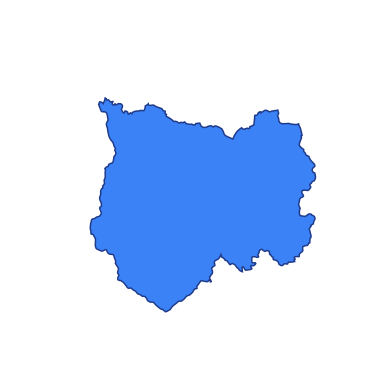 the district of Huu Lung, Lạng Sơn, Vietnam, rotated 303°
{"feature_id": "81297802B35079403712963", "entity_name": "Huu Lung", "entity_type": "district", "adm_level": 2, "iso_a3": "VNM", "parent_name": "Vietnam", "parent_adm1": "Lạng Sơn", "projection": "mercator", "projection_center": [106.335, 21.575], "detail": "fine", "context": "isolated", "style": "filled", "palette": "blue", "viewbox_px": 384, "rotation_deg": 303, "n_neighbors": 0, "source": "geoboundaries", "source_scale": "gbopen_adm2", "svg_char_len": 6048}
<svg xmlns="http://www.w3.org/2000/svg" viewBox="0 0 384 384"><g transform="rotate(303 192 192)"><path d="M110.3,124.2L106.7,126.1L105.0,127.4L103.9,128.8L102.0,129.9L101.8,130.3L102.4,131.5L102.4,132.4L100.4,136.1L99.5,137.0L94.4,140.1L93.2,141.3L92.5,142.4L92.4,143.7L93.2,148.4L94.0,149.3L96.5,150.8L96.8,151.3L96.7,151.9L95.2,154.3L94.9,155.5L95.1,157.0L96.5,159.7L96.3,160.8L94.5,162.9L92.8,165.3L91.9,166.0L90.4,166.6L88.1,171.7L86.3,172.8L84.9,173.0L84.1,173.3L83.3,174.1L82.8,175.4L82.5,175.9L79.3,176.6L78.5,177.1L78.1,177.8L78.1,178.6L78.9,180.5L78.9,183.1L78.7,184.5L78.0,186.2L77.6,187.8L76.8,189.3L76.6,190.3L76.8,191.4L78.0,192.7L78.2,193.3L77.8,196.7L78.1,198.7L77.0,201.8L77.7,204.8L77.5,207.1L78.4,208.5L78.6,209.9L78.3,211.3L77.0,213.4L76.7,214.4L76.9,216.9L78.5,219.5L77.4,224.1L76.9,228.6L76.9,229.6L77.5,231.5L77.1,234.9L77.9,235.8L81.5,237.7L85.2,237.8L93.0,240.3L93.5,240.7L94.4,242.2L95.2,242.8L98.0,243.7L101.6,244.1L104.8,246.3L108.2,247.1L112.1,247.0L113.6,248.6L114.0,248.7L115.3,247.5L122.3,247.8L123.0,248.8L124.3,252.1L125.1,253.6L125.4,254.0L127.4,254.3L127.7,254.7L127.6,255.6L126.6,256.3L127.0,256.8L127.4,256.9L127.7,256.6L129.1,254.1L130.3,253.0L131.7,253.3L133.5,253.1L134.4,253.5L134.9,253.4L136.8,252.3L137.7,250.8L139.1,250.1L140.3,250.1L142.7,251.2L143.6,250.6L145.3,248.9L146.2,248.7L147.2,248.9L150.3,250.6L153.0,250.8L155.3,250.3L153.5,252.7L153.8,254.6L152.8,257.1L153.3,258.5L153.3,259.2L151.7,263.2L151.9,263.6L153.9,264.6L154.3,266.1L154.2,268.4L153.1,270.8L153.0,272.6L152.2,274.5L152.2,276.0L152.6,277.7L155.4,275.4L156.5,275.0L156.9,275.7L156.9,276.5L155.7,278.6L155.7,279.7L158.8,283.2L160.0,284.0L160.5,283.8L161.5,281.9L162.1,281.6L162.6,281.9L163.3,283.2L164.0,284.0L166.0,284.5L166.8,284.4L167.1,283.7L165.7,281.6L165.8,280.4L166.3,279.9L169.9,277.8L170.5,278.0L171.5,279.2L172.1,280.3L172.6,282.2L173.6,283.1L174.2,283.0L175.1,281.4L177.7,281.2L179.7,280.4L181.7,281.4L182.1,282.1L181.7,283.7L181.9,285.4L182.3,285.9L183.8,286.7L184.3,289.2L182.1,291.0L181.9,291.9L182.1,292.4L181.4,293.8L181.3,295.7L180.0,296.5L179.7,297.0L179.7,297.8L180.5,299.3L180.5,301.4L180.2,302.5L178.8,304.3L178.8,306.4L179.1,307.3L179.7,307.9L182.2,308.6L183.6,311.3L184.0,311.4L185.3,311.0L185.8,311.1L186.7,312.8L189.5,316.0L190.0,315.8L190.4,314.6L191.8,315.1L192.8,313.5L193.2,313.3L194.0,313.8L194.9,314.9L195.6,316.5L196.5,317.0L197.9,316.1L199.0,315.9L200.0,316.1L201.6,316.8L203.3,316.9L204.6,315.7L206.5,314.7L208.3,315.9L210.0,317.8L210.9,318.0L212.4,317.7L213.5,318.5L216.7,316.6L219.1,316.3L219.9,315.9L225.1,310.3L228.2,310.5L228.9,309.8L231.3,311.1L233.8,310.1L235.7,310.0L236.6,309.7L237.7,308.7L238.1,307.8L238.2,306.6L237.9,305.4L238.3,303.8L237.2,301.9L233.8,300.6L233.2,300.1L231.8,297.4L231.3,295.9L231.6,294.8L232.1,294.0L235.0,292.2L237.2,291.6L238.8,289.0L239.7,288.2L244.3,286.4L245.3,286.2L246.2,286.3L248.3,287.6L249.3,287.7L250.1,286.9L250.8,284.7L253.0,283.7L253.8,284.1L255.1,285.8L256.4,288.4L258.0,289.0L259.9,289.1L260.8,288.9L261.3,288.4L261.7,287.2L262.6,286.7L264.2,287.3L266.2,287.2L268.2,288.4L270.2,288.2L272.0,287.3L274.7,284.8L274.8,284.3L274.4,283.1L275.6,280.9L276.6,280.5L278.1,280.4L280.5,281.0L281.9,279.8L283.2,274.4L284.1,272.5L285.5,270.7L285.1,267.5L286.4,265.6L286.9,263.5L288.5,262.5L288.7,259.0L289.7,256.4L290.4,255.9L294.5,254.8L296.7,254.5L298.1,253.5L298.3,252.9L299.5,253.5L304.6,248.1L305.6,246.2L307.2,244.3L305.6,243.0L304.8,241.8L302.9,238.1L302.2,235.7L299.8,232.6L298.4,230.3L298.0,229.2L298.0,227.7L298.8,226.3L300.9,224.5L302.7,222.1L304.5,222.0L305.4,221.6L307.4,219.3L306.8,218.9L305.7,217.5L303.0,214.6L301.6,213.6L301.3,213.1L301.3,211.6L300.8,209.3L299.6,208.3L297.8,207.6L296.6,206.6L295.9,206.8L295.7,206.3L296.4,206.0L296.5,205.6L296.0,205.0L294.1,204.4L293.2,204.8L292.3,204.8L291.7,204.4L290.9,203.3L290.4,203.0L290.0,203.0L289.3,203.6L283.1,206.8L281.7,207.3L281.3,206.8L280.3,206.6L279.9,206.1L279.1,205.9L278.5,204.9L276.5,205.7L275.6,203.6L273.0,201.4L272.6,200.7L272.5,200.2L272.9,198.7L271.3,197.9L267.7,196.9L265.6,196.7L262.1,196.8L258.7,197.4L257.8,192.2L257.5,189.1L258.1,187.4L259.7,185.4L261.2,182.7L261.1,179.5L260.4,176.2L259.8,175.1L258.2,174.6L258.0,172.2L257.4,171.2L255.8,169.7L254.3,168.9L252.7,167.0L252.1,165.1L252.4,163.5L254.0,161.0L251.5,157.9L250.0,157.9L249.4,157.3L249.0,156.7L248.8,154.8L247.8,153.7L246.4,150.7L246.3,149.4L246.8,147.8L246.5,147.4L245.2,146.8L244.6,145.0L243.0,143.8L242.8,143.2L242.6,140.6L242.1,139.3L241.2,138.4L241.7,135.2L241.7,131.7L241.4,129.4L241.9,128.8L243.2,128.3L243.1,126.7L245.2,125.5L244.5,123.7L245.4,121.6L245.4,120.9L244.1,115.8L244.0,113.2L243.8,112.1L242.2,110.2L241.4,108.9L241.5,107.7L242.1,107.3L240.6,106.9L238.8,105.9L236.9,106.9L234.6,107.4L234.0,107.2L232.1,104.0L230.8,103.5L230.5,102.4L228.6,100.2L226.5,98.8L225.5,98.7L224.9,99.0L224.8,97.2L223.2,96.8L222.8,96.5L222.7,95.7L223.6,95.0L224.0,94.3L224.0,93.4L223.6,91.8L221.2,91.9L221.4,90.1L222.8,87.8L225.9,87.2L226.9,86.1L227.2,85.0L227.1,84.1L226.0,82.1L223.8,81.0L224.0,79.4L222.5,79.3L222.1,78.6L222.3,77.1L223.6,76.6L224.8,76.5L224.8,76.3L223.1,74.6L223.8,71.9L222.7,70.5L223.5,69.5L223.6,68.0L223.3,67.9L222.3,68.5L221.1,68.9L217.7,69.4L218.1,67.9L217.6,65.6L216.9,65.5L214.6,66.0L214.4,66.7L213.8,67.0L210.4,71.8L210.4,73.0L211.6,74.9L211.9,76.3L211.7,77.3L210.6,78.8L206.7,82.4L203.3,82.8L202.3,83.2L200.4,85.0L199.9,86.1L198.6,87.0L194.9,90.5L192.9,92.8L191.5,95.5L190.5,98.7L187.7,102.2L186.9,104.1L185.2,104.3L183.5,106.7L182.9,107.1L180.7,107.6L179.8,107.3L179.2,107.3L174.9,109.2L173.4,109.5L172.8,109.2L171.4,108.0L170.1,107.3L169.4,107.2L167.8,107.8L166.5,106.7L164.3,106.1L163.2,107.5L161.1,108.5L157.6,110.9L156.0,111.6L154.2,111.8L151.2,114.1L148.5,113.9L146.6,115.1L145.6,114.4L143.7,114.7L142.8,115.0L140.6,116.6L136.5,117.8L135.1,119.2L133.8,121.3L132.6,122.5L130.9,123.8L130.3,123.7L129.3,123.1L128.1,123.3L125.3,127.1L124.1,127.8L121.8,127.7L121.1,127.4L118.9,125.6L117.0,124.9L114.9,123.1L113.5,123.0L112.0,123.8L110.3,124.2Z" fill="#3b82f6" stroke="#1e3a8a" stroke-width="1.5"/></g></svg>